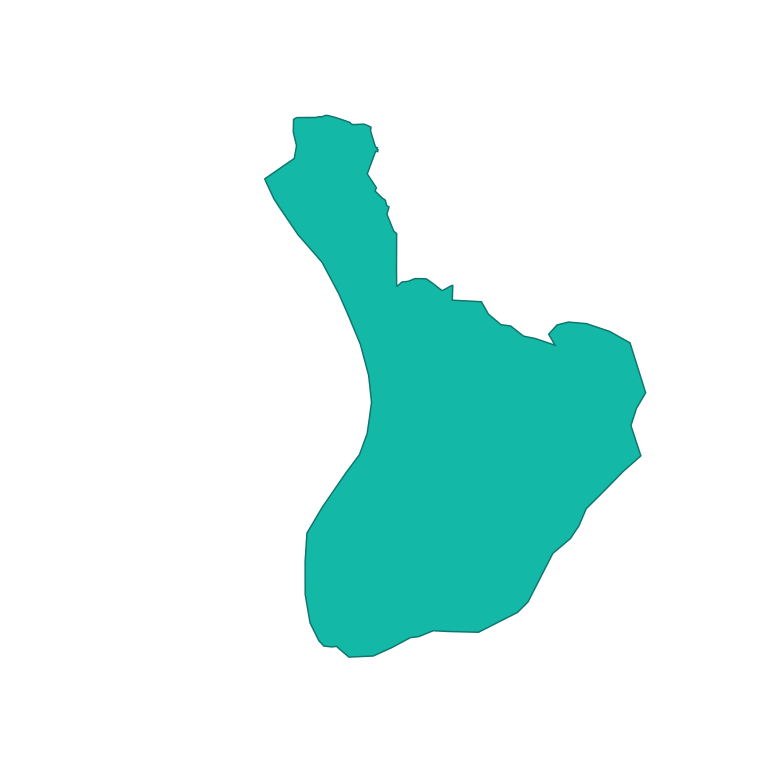 Ukwa West, Abia, Nigeria, rotated 320°
{"feature_id": "59680162B46910461063287", "entity_name": "Ukwa West", "entity_type": "district", "adm_level": 2, "iso_a3": "NGA", "parent_name": "Nigeria", "parent_adm1": "Abia", "projection": "orthographic", "projection_center": [7.263, 4.974], "detail": "fine", "context": "isolated", "style": "filled", "palette": "teal", "viewbox_px": 768, "rotation_deg": 320, "n_neighbors": 0, "source": "geoboundaries", "source_scale": "gbopen_adm2", "svg_char_len": 2079}
<svg xmlns="http://www.w3.org/2000/svg" viewBox="0 0 768 768"><g transform="rotate(320 384 384)"><path d="M263.0,437.2L257.8,438.6L257.0,438.9L229.1,448.7L209.2,469.6L188.4,494.5L173.8,519.5L169.1,538.8L169.5,546.1L174.4,551.2L175.2,552.0L179.0,554.5L179.5,558.3L181.6,570.7L187.0,574.8L201.0,585.5L207.1,587.2L213.6,589.0L220.4,590.9L241.0,595.2L248.4,599.9L263.1,604.6L273.5,614.3L296.8,634.9L339.6,644.8L354.2,643.5L404.4,622.3L427.5,622.2L437.7,619.2L441.8,618.1L458.8,609.5L481.5,607.6L484.8,607.3L509.2,604.9L511.3,604.7L534.6,604.1L546.4,574.6L561.6,565.0L578.8,558.9L598.9,510.6L590.7,488.9L577.9,467.9L565.1,455.1L554.5,450.0L542.1,451.7L541.0,458.2L539.9,464.2L529.2,446.5L521.7,437.1L518.3,421.0L515.0,417.3L511.7,413.7L508.9,397.6L511.5,383.6L490.2,363.7L500.0,352.7L498.8,352.0L493.6,351.0L489.2,350.1L488.4,349.4L485.9,337.8L484.3,331.6L483.8,330.5L482.9,329.7L479.2,326.3L475.6,323.3L473.0,322.3L470.5,321.6L468.9,321.0L467.5,320.2L466.4,319.5L465.6,318.9L464.3,318.0L462.8,317.3L460.9,317.5L459.6,317.5L458.5,317.5L457.8,317.6L457.4,317.6L457.1,317.3L456.7,317.1L461.5,311.2L468.7,302.5L490.4,276.9L489.7,273.2L495.4,255.8L496.1,255.3L496.6,255.0L497.0,254.7L497.4,254.3L497.9,254.1L499.0,253.4L501.7,251.5L501.4,250.8L500.9,249.6L500.9,248.7L502.4,245.6L503.1,244.3L503.1,243.6L502.2,240.6L501.2,230.3L504.2,228.9L504.4,228.1L505.8,215.9L506.2,212.3L527.1,200.4L528.5,201.9L530.0,200.7L529.5,200.0L530.0,199.1L530.8,198.8L529.8,197.0L536.3,181.6L539.1,178.9L538.6,177.6L537.2,174.8L535.9,172.3L533.7,170.5L527.0,165.4L526.2,164.0L525.8,162.1L526.1,161.8L522.0,154.9L517.5,147.7L513.3,141.9L511.9,140.7L508.6,139.5L508.0,139.3L505.6,137.2L503.7,136.3L502.1,135.2L488.8,124.1L487.3,123.5L484.8,123.2L476.5,132.6L470.1,145.3L460.3,153.5L424.6,150.2L424.0,151.6L418.7,171.4L417.5,180.8L414.1,214.2L414.4,229.2L414.8,250.8L409.2,277.3L407.3,286.2L400.9,308.1L393.0,333.3L391.4,338.4L385.9,350.2L377.8,367.5L368.2,381.8L362.7,390.0L355.3,396.7L350.5,401.1L339.3,411.1L319.7,422.4L298.0,427.5L263.0,437.2Z" fill="#14b8a6" stroke="#0f766e" stroke-width="1.5"/></g></svg>